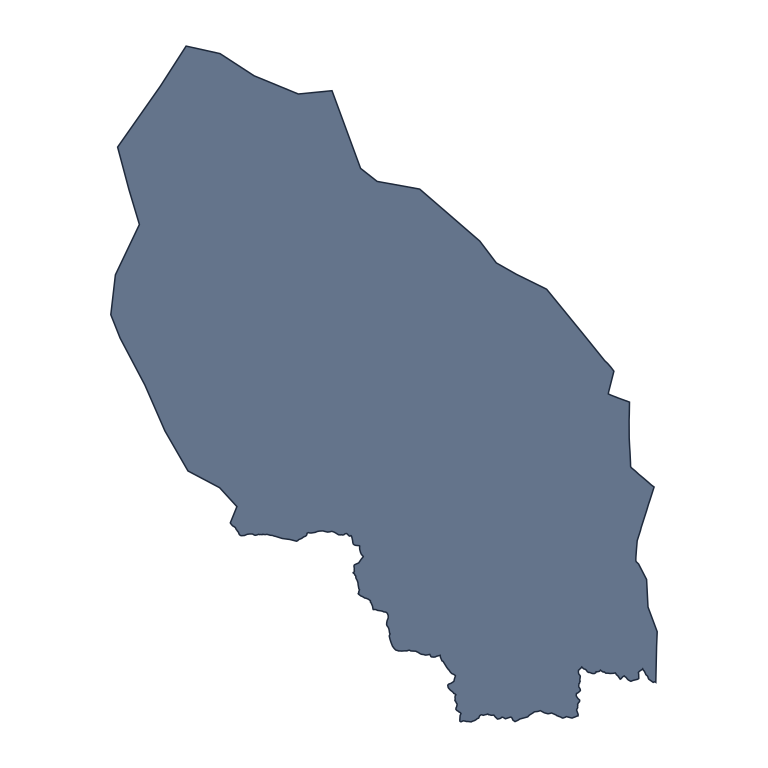 outline of Altai, Bayan-Ölgiy, Mongolia
{"feature_id": "93677404B43382334794440", "entity_name": "Altai", "entity_type": "district", "adm_level": 2, "iso_a3": "MNG", "parent_name": "Mongolia", "parent_adm1": "Bayan-Ölgiy", "projection": "orthographic", "projection_center": [89.76, 48.197], "detail": "fine", "context": "isolated", "style": "filled", "palette": "slate", "viewbox_px": 768, "rotation_deg": 0, "n_neighbors": 0, "source": "geoboundaries", "source_scale": "gbopen_adm2", "svg_char_len": 6114}
<svg xmlns="http://www.w3.org/2000/svg" viewBox="0 0 768 768"><path d="M546.6,289.2L516.4,274.3L496.3,262.9L479.8,241.1L419.7,189.1L377.1,181.4L360.6,168.4L332.0,90.7L298.3,94.0L254.1,75.8L220.0,53.6L186.1,46.1L160.4,86.1L117.6,147.1L129.0,189.8L139.4,224.5L115.4,274.8L110.8,314.7L120.1,338.1L144.9,385.1L164.9,430.9L188.0,471.0L219.6,487.7L236.9,506.6L230.3,522.9L231.2,524.2L232.3,525.5L233.4,526.4L234.2,526.6L234.5,527.0L235.4,527.6L235.8,528.7L236.4,529.7L237.0,530.3L237.2,530.8L238.3,532.1L239.3,534.5L240.1,535.2L240.8,535.6L241.4,535.7L244.5,535.5L247.2,534.3L249.6,534.0L252.5,534.0L254.4,535.1L255.2,535.3L256.8,535.0L258.6,534.3L259.4,534.6L261.0,534.5L262.1,534.7L262.9,534.2L263.7,534.5L265.5,534.6L266.9,534.3L270.4,535.3L272.3,535.4L273.2,535.7L274.1,536.1L275.3,536.3L282.3,538.5L289.9,539.5L296.5,541.2L297.7,540.7L298.6,539.7L301.7,538.4L303.7,536.9L305.3,536.3L306.1,535.7L306.4,535.5L306.9,534.4L307.0,533.3L308.4,532.6L309.9,533.0L311.3,533.0L315.2,532.4L317.3,531.5L319.4,531.1L323.0,530.9L324.6,531.4L327.6,532.1L330.0,531.8L331.3,531.4L332.0,531.4L333.6,531.9L335.2,532.7L338.6,534.8L340.6,534.9L341.3,534.7L342.3,535.0L343.4,534.9L344.0,534.7L344.4,534.3L345.3,533.7L346.5,533.5L346.9,533.7L349.1,535.9L349.5,536.1L350.2,536.0L350.7,535.6L351.1,535.6L351.5,536.2L352.0,537.8L352.6,540.6L352.8,542.4L353.2,543.9L353.9,544.6L355.0,545.2L355.9,545.4L359.3,545.7L359.7,546.0L359.6,547.8L359.7,549.3L360.5,552.4L361.4,554.4L363.3,556.5L363.2,556.8L361.3,559.1L358.7,562.9L355.1,564.5L354.3,565.0L354.0,565.8L354.0,566.6L354.3,568.3L354.2,570.3L354.4,570.7L354.4,571.3L354.1,572.0L353.2,572.5L353.1,572.8L353.4,573.1L354.6,574.1L354.8,575.0L355.5,575.6L355.8,576.4L355.8,577.2L356.0,578.3L357.1,580.3L357.9,582.5L358.0,583.2L358.1,584.6L358.8,588.6L359.0,589.1L359.5,589.7L358.6,592.2L358.8,592.7L358.8,592.9L358.2,593.7L358.6,594.2L360.9,596.0L362.3,596.5L364.9,598.1L366.0,598.2L368.3,599.2L370.3,600.6L370.5,601.0L370.3,601.9L370.9,602.5L372.5,606.1L373.0,609.1L373.3,609.6L374.5,609.5L376.0,609.6L377.5,610.4L380.5,610.8L382.4,611.2L383.8,611.9L385.8,612.1L386.8,612.8L387.4,613.5L387.9,614.9L388.2,615.4L388.2,618.0L387.1,620.7L386.7,622.8L386.6,624.6L387.0,625.7L388.3,627.5L388.8,628.8L389.1,629.9L389.5,632.7L389.7,633.3L390.1,633.9L389.3,635.7L389.3,636.3L390.0,639.3L391.0,642.4L392.5,646.2L394.2,648.5L395.6,649.9L396.1,650.2L398.0,650.6L398.2,650.9L399.1,651.0L399.6,650.9L401.9,651.1L402.5,651.0L405.3,650.8L406.1,651.0L406.3,650.8L407.5,650.8L408.0,650.4L409.4,650.2L409.8,650.3L410.6,650.9L411.5,651.0L415.8,651.2L416.1,651.3L416.7,651.8L417.3,651.9L420.5,653.9L421.6,654.3L424.0,654.6L424.9,655.0L425.8,655.1L427.9,654.8L429.8,654.4L430.9,656.5L431.4,656.9L433.6,657.1L435.2,657.0L436.5,656.3L440.2,655.3L440.4,657.1L441.8,660.5L442.0,660.9L443.1,661.4L446.7,667.3L448.5,669.7L449.0,670.0L450.2,671.9L451.4,673.2L451.7,673.5L454.1,674.6L455.4,675.6L455.4,676.0L454.4,679.0L454.0,681.1L453.1,681.9L451.0,683.3L448.7,684.1L448.0,684.8L447.8,685.2L447.8,685.8L448.0,686.4L448.1,687.3L448.4,687.9L448.8,688.4L450.4,690.2L452.5,691.8L453.5,692.8L453.7,693.4L454.5,693.6L455.3,694.2L455.9,694.7L455.9,694.9L455.4,695.4L455.1,696.1L455.0,697.5L455.2,698.8L454.9,700.4L455.0,700.8L455.5,701.1L456.2,702.7L457.0,703.9L457.1,704.6L456.6,706.8L456.0,708.0L455.9,709.3L456.9,710.5L458.3,711.3L459.0,712.0L460.3,712.6L461.0,713.5L460.1,715.5L459.8,720.1L459.9,721.2L460.8,721.8L461.1,721.8L462.7,721.0L463.6,720.8L464.3,721.0L465.2,721.1L466.2,721.5L468.0,721.5L471.2,721.9L472.3,721.3L474.7,720.5L476.0,719.7L477.5,718.5L478.6,718.2L479.7,715.7L481.1,714.8L481.6,714.7L482.9,715.2L483.4,715.3L484.9,714.8L486.8,714.4L487.5,714.0L488.1,714.2L488.8,714.8L489.7,714.8L491.2,715.3L493.8,715.1L495.7,717.5L496.4,717.9L497.0,718.7L497.6,719.1L499.9,718.6L500.9,718.1L501.8,717.2L502.5,717.2L503.3,717.5L505.4,718.8L510.5,717.1L511.1,717.2L512.2,718.3L512.8,720.0L515.0,721.6L517.9,720.3L519.9,719.0L527.7,716.9L529.4,715.1L533.3,712.7L534.4,711.8L537.5,711.5L538.8,711.2L540.2,710.6L544.3,712.8L548.0,713.8L550.6,713.3L551.2,713.0L551.8,713.1L556.1,715.0L556.5,715.4L557.3,715.9L558.1,716.0L558.7,716.4L560.1,716.8L561.0,717.2L561.5,717.6L562.8,718.1L565.2,717.3L566.3,716.6L571.6,718.0L572.4,718.0L572.8,717.9L573.2,717.5L574.5,717.2L577.5,715.9L577.9,716.0L578.2,715.0L578.0,713.9L577.5,712.6L576.6,710.1L576.8,709.3L577.5,708.1L577.7,707.7L577.6,706.2L577.8,705.2L577.6,704.3L578.5,702.7L579.4,701.8L579.6,701.3L579.7,700.3L579.6,700.0L578.0,698.6L576.5,696.4L576.2,695.6L576.3,694.5L576.5,693.4L577.1,693.3L578.4,692.5L580.2,690.8L580.4,690.4L580.2,689.2L579.5,687.9L579.0,687.3L578.7,686.1L579.0,683.5L579.5,683.2L579.7,682.8L579.7,681.8L580.2,681.2L579.8,680.2L579.8,679.8L580.1,677.9L580.3,676.1L579.7,675.1L579.0,674.4L578.9,674.1L578.5,673.1L578.4,671.4L578.5,670.2L579.5,669.5L580.3,668.5L581.3,667.8L581.8,667.0L583.6,668.8L585.2,669.3L585.9,669.8L586.5,670.4L587.4,671.8L588.8,672.5L589.6,672.4L592.0,673.4L593.1,673.6L594.6,673.5L595.9,672.6L596.1,671.7L597.2,671.8L599.2,671.4L599.8,671.0L600.4,670.1L602.6,671.8L603.3,672.1L603.9,671.8L604.1,671.8L605.8,673.2L607.9,673.2L610.1,673.5L613.6,673.3L615.3,672.9L615.7,673.3L616.3,674.6L617.8,675.8L620.2,679.2L621.1,678.7L622.6,676.9L624.2,675.9L625.1,676.8L626.0,677.3L627.2,678.9L628.2,679.9L630.2,681.0L630.9,681.3L633.1,680.4L637.6,679.3L638.7,678.6L638.8,678.4L638.7,675.3L638.7,674.2L638.4,672.6L638.4,672.4L639.8,671.0L642.2,669.4L642.7,668.8L643.2,670.0L644.3,671.2L645.1,672.8L645.9,674.7L647.6,676.2L648.4,678.5L648.8,679.2L653.2,682.4L654.4,681.8L655.0,682.0L655.3,681.9L655.8,682.3L656.6,646.1L657.2,631.7L648.0,607.0L646.6,579.5L638.6,564.0L636.2,561.7L635.8,560.4L635.9,557.1L636.5,549.0L637.2,540.7L640.5,530.4L641.2,527.5L642.2,524.4L646.6,510.7L648.5,504.3L649.8,500.5L654.1,487.0L651.5,485.1L644.4,478.9L638.7,474.2L635.3,471.0L631.2,467.6L630.6,466.5L630.5,462.5L630.0,451.9L629.7,447.7L629.2,438.0L629.1,420.2L629.3,414.2L629.5,402.1L618.5,398.1L610.6,395.0L608.3,393.9L608.6,392.1L613.9,371.2L610.9,367.2L607.6,363.4L604.7,360.7L585.6,337.0L546.6,289.2Z" fill="#64748b" stroke="#1e293b" stroke-width="1.5"/></svg>